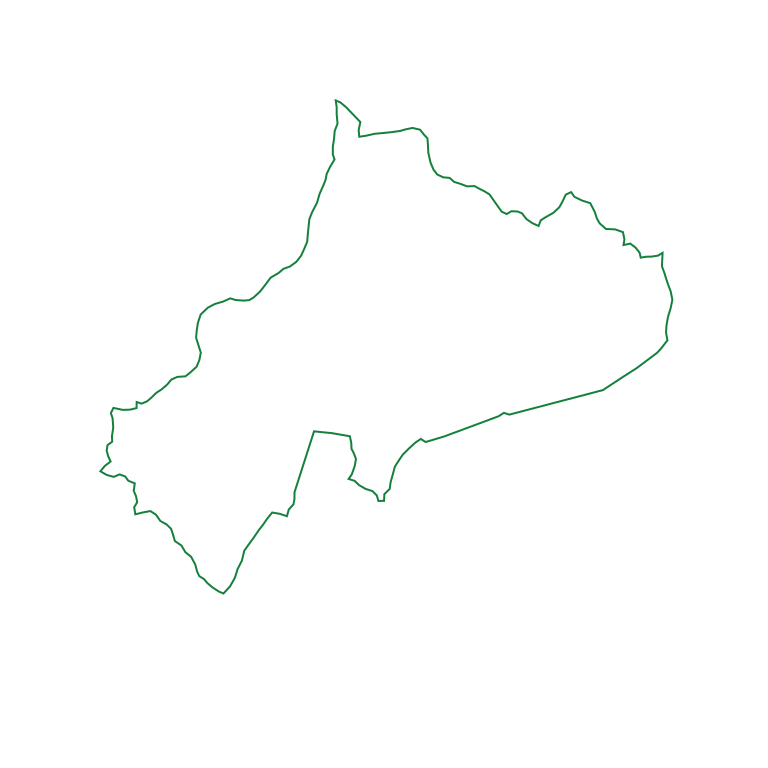 outline of Aporá, Bahia, Brazil, rotated 33°
{"feature_id": "56859067B48403270019390", "entity_name": "Aporá", "entity_type": "district", "adm_level": 2, "iso_a3": "BRA", "parent_name": "Brazil", "parent_adm1": "Bahia", "projection": "robinson", "projection_center": [-38.208, -11.75], "detail": "fine", "context": "isolated", "style": "outline", "palette": "green", "viewbox_px": 768, "rotation_deg": 33, "n_neighbors": 0, "source": "geoboundaries", "source_scale": "gbopen_adm2", "svg_char_len": 2997}
<svg xmlns="http://www.w3.org/2000/svg" viewBox="0 0 768 768"><g transform="rotate(33 384 384)"><path d="M546.2,122.3L543.9,127.1L539.3,131.2L534.4,134.6L530.5,138.2L526.9,134.7L520.7,132.6L514.1,132.1L509.2,137.0L506.9,131.8L501.7,126.5L493.7,128.4L485.7,133.1L477.3,131.8L472.2,129.1L467.2,125.0L458.5,120.0L450.0,122.3L441.8,123.3L436.4,121.2L433.3,126.2L434.3,133.5L434.8,140.2L432.8,148.2L428.7,156.1L426.3,161.3L427.6,167.3L420.9,168.3L413.7,168.1L406.7,165.7L401.9,166.6L396.7,169.8L394.4,174.6L388.9,175.4L382.3,172.8L375.1,169.9L369.2,167.5L363.0,167.7L357.9,168.3L352.2,168.7L346.0,173.0L338.8,174.6L332.7,176.3L326.8,175.4L321.1,178.4L314.6,179.3L308.7,177.2L302.5,173.0L295.3,166.0L290.0,158.7L286.6,154.3L281.7,153.1L275.7,151.1L268.5,153.7L263.6,158.5L259.6,163.1L253.1,168.7L246.2,174.3L239.9,179.2L233.8,185.5L228.6,190.1L224.5,184.9L221.5,177.2L201.4,172.5L193.9,171.6L189.1,172.5L193.7,177.8L197.3,183.4L203.2,190.9L204.9,198.8L208.6,205.6L211.7,212.6L216.1,219.4L220.2,222.6L220.5,231.1L221.5,239.0L223.8,244.6L225.1,251.1L226.4,259.6L229.1,268.4L230.2,279.6L231.7,286.6L234.6,292.2L238.1,299.1L242.1,306.5L243.6,314.7L244.6,321.7L243.9,329.4L241.1,336.7L236.9,342.3L235.1,348.4L231.0,356.6L230.4,366.0L229.7,373.9L227.6,382.2L225.3,387.1L220.7,390.6L213.8,394.4L208.4,395.9L204.3,402.3L198.5,409.1L194.7,415.9L192.4,425.5L194.7,434.3L197.8,441.1L201.2,447.5L206.6,452.0L213.3,457.5L216.1,464.5L217.4,471.6L215.3,479.7L213.3,485.7L206.8,490.6L203.2,496.2L202.5,502.4L200.4,509.7L197.8,515.5L196.3,522.3L194.7,527.6L191.4,532.5L186.4,533.8L189.6,539.0L184.9,543.9L179.0,548.0L170.1,551.4L170.8,557.2L174.9,560.4L180.6,567.9L184.4,576.2L187.5,580.4L185.4,585.9L187.7,590.9L191.9,594.7L196.9,597.9L194.5,604.7L193.7,611.7L200.9,611.3L207.9,609.1L211.5,603.8L217.4,602.5L222.2,604.4L229.1,603.1L232.3,609.9L237.2,613.2L241.4,617.6L241.6,623.4L246.4,628.7L252.6,622.2L257.3,617.8L263.9,617.8L271.1,620.7L278.1,620.2L284.3,621.4L288.7,624.9L294.1,629.6L302.2,629.8L308.9,633.2L316.4,634.0L324.2,638.3L329.3,643.0L333.6,645.7L339.5,645.7L344.4,647.2L351.1,648.0L358.7,648.0L363.5,647.1L365.1,637.5L364.5,627.8L362.0,618.8L361.0,609.4L357.6,599.9L357.9,592.9L358.4,583.6L358.6,574.7L359.2,567.9L359.4,560.7L360.2,552.7L366.9,549.8L374.6,547.7L372.5,541.1L373.6,534.3L371.7,529.5L367.9,523.5L351.1,461.8L357.4,458.6L366.4,453.9L383.8,446.4L388.7,451.3L392.0,456.0L396.5,458.6L401.3,462.1L404.2,468.9L406.2,477.4L406.0,482.9L412.2,481.2L418.0,482.4L425.7,482.0L432.7,480.1L438.7,481.4L443.0,485.1L447.7,482.0L444.3,476.2L445.9,468.9L443.0,462.7L441.2,456.9L438.1,447.2L438.1,439.3L438.2,433.1L440.0,424.7L442.2,416.1L444.8,410.0L450.5,410.0L463.0,395.3L497.6,348.7L500.3,342.9L505.8,341.4L570.9,269.9L580.2,248.7L584.3,239.6L587.1,233.5L594.1,214.5L596.1,208.9L597.1,202.7L597.9,193.0L592.5,187.2L588.9,180.8L585.6,173.0L583.1,164.3L580.0,156.3L574.0,150.2L567.6,145.5L562.9,141.7L559.1,138.5L552.9,133.8L548.8,126.7L546.2,122.3Z" fill="none" stroke="#15803d" stroke-width="2"/></g></svg>